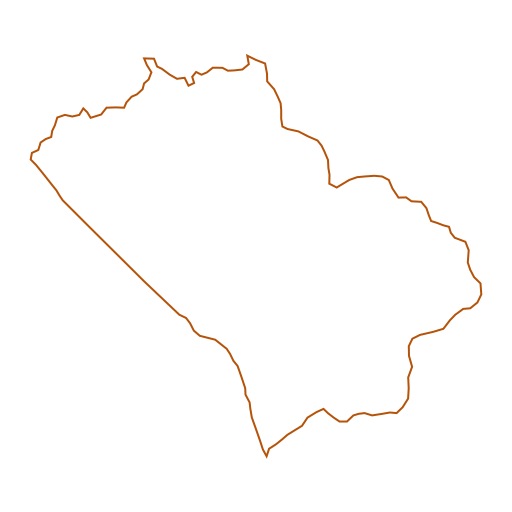 outline of Irapuã, São Paulo, Brazil
{"feature_id": "56859067B51888643984498", "entity_name": "Irapuã", "entity_type": "district", "adm_level": 2, "iso_a3": "BRA", "parent_name": "Brazil", "parent_adm1": "São Paulo", "projection": "orthographic", "projection_center": [-49.395, -21.274], "detail": "fine", "context": "isolated", "style": "outline", "palette": "amber", "viewbox_px": 512, "rotation_deg": 0, "n_neighbors": 0, "source": "geoboundaries", "source_scale": "gbopen_adm2", "svg_char_len": 2015}
<svg xmlns="http://www.w3.org/2000/svg" viewBox="0 0 512 512"><path d="M265.1,63.5L256.1,60.0L247.3,55.7L248.8,64.2L242.4,69.5L234.3,70.4L227.9,70.7L222.4,67.8L212.8,67.7L206.9,72.4L201.5,74.7L196.1,72.0L192.2,76.8L194.1,83.0L188.5,85.7L184.6,77.8L177.0,78.8L169.8,74.7L162.0,68.9L157.1,66.5L154.0,58.7L144.1,58.4L146.8,64.9L151.4,72.3L148.6,79.5L144.1,83.4L142.6,89.2L136.9,94.4L131.6,96.7L126.5,102.3L124.1,107.7L115.7,107.4L106.5,107.7L101.2,114.5L90.6,117.8L87.3,112.3L83.3,108.4L79.3,114.9L72.3,116.5L64.9,114.9L57.3,117.5L54.9,125.3L52.2,130.9L51.2,137.0L45.8,139.0L40.6,142.5L38.3,150.0L31.9,152.9L30.7,159.5L36.0,164.9L44.6,175.5L52.4,185.4L56.3,190.2L59.4,195.4L62.7,200.3L90.3,227.9L129.1,266.4L144.2,281.4L179.3,314.7L186.1,318.0L190.1,323.3L193.8,330.6L199.8,335.8L215.2,339.7L221.0,344.3L226.7,348.8L230.1,354.0L233.4,360.8L237.6,366.0L241.5,377.1L245.2,388.2L245.5,394.6L249.6,402.4L250.3,408.5L251.8,417.4L255.8,428.6L260.0,440.6L262.9,449.5L266.6,456.3L269.1,448.7L276.0,444.3L282.6,439.0L287.4,434.8L294.2,430.6L302.0,425.8L307.5,417.6L316.5,412.1L323.5,408.9L328.0,413.2L333.7,417.6L339.5,421.5L347.0,421.5L353.4,415.4L358.8,413.8L364.6,413.1L372.1,415.4L382.4,413.8L389.9,412.5L396.6,413.1L402.6,407.3L408.1,398.6L408.7,388.4L408.2,377.4L412.1,366.8L409.0,355.9L408.8,346.2L412.4,338.7L420.0,334.9L425.6,333.6L433.0,331.9L443.4,328.8L449.9,320.3L455.3,314.7L463.2,308.9L470.2,308.3L477.4,302.5L481.3,294.4L480.5,283.4L474.1,277.2L470.2,269.7L467.8,262.6L468.7,250.2L465.4,241.8L454.8,237.8L450.8,232.8L449.0,226.8L443.3,225.3L437.3,223.0L431.1,221.0L428.8,215.2L426.4,208.1L421.2,201.8L411.5,201.3L406.1,197.4L398.5,197.6L392.5,188.6L388.8,180.0L382.2,176.5L374.3,175.8L364.3,176.5L357.0,177.2L349.2,180.0L336.7,187.5L329.3,183.7L329.5,174.8L328.4,168.0L328.0,160.0L324.4,151.5L321.6,145.7L317.5,140.5L307.7,136.2L298.4,131.4L287.5,129.0L282.4,126.5L281.2,118.8L281.2,109.9L280.6,103.2L277.6,96.4L274.1,89.2L267.2,81.4L267.0,73.6L265.1,63.5Z" fill="none" stroke="#b45309" stroke-width="2"/></svg>